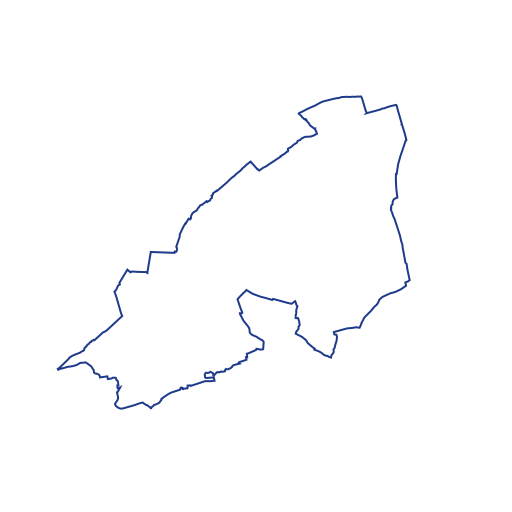 Dobarceni, Botosani, Romania, rotated 288°
{"feature_id": "2599482B34827774742587", "entity_name": "Dobarceni", "entity_type": "district", "adm_level": 2, "iso_a3": "ROU", "parent_name": "Romania", "parent_adm1": "Botosani", "projection": "mercator", "projection_center": [27.051, 47.84], "detail": "fine", "context": "isolated", "style": "outline", "palette": "blue", "viewbox_px": 512, "rotation_deg": 288, "n_neighbors": 0, "source": "geoboundaries", "source_scale": "gbopen_adm2", "svg_char_len": 6079}
<svg xmlns="http://www.w3.org/2000/svg" viewBox="0 0 512 512"><g transform="rotate(288 256 256)"><path d="M412.6,363.2L412.8,363.2L418.6,359.5L424.9,355.1L425.6,354.5L425.9,354.0L426.1,354.2L428.0,353.0L439.6,345.1L442.6,343.3L442.9,342.8L443.0,342.5L440.2,337.8L437.6,334.1L436.0,332.3L435.1,330.3L433.8,329.1L432.7,327.4L425.8,316.8L426.3,317.0L426.8,316.7L428.2,315.3L436.8,309.5L439.3,307.6L440.2,306.6L439.5,305.0L439.1,303.4L438.2,301.5L437.1,298.0L436.4,296.5L435.1,292.1L433.5,288.1L431.9,286.1L431.1,284.1L428.7,280.0L425.7,275.3L425.5,274.8L423.1,271.3L421.1,269.2L417.2,265.6L412.8,260.5L407.7,255.5L405.0,252.6L404.6,252.6L403.2,255.8L402.2,257.2L401.0,259.8L401.4,260.4L401.2,260.7L401.3,260.8L400.7,261.4L401.1,261.7L399.7,263.2L398.4,265.6L398.0,266.0L397.3,266.4L397.0,267.0L396.1,269.3L395.3,271.9L395.2,272.4L395.5,272.9L394.7,273.0L393.4,274.5L391.1,276.2L388.4,273.6L386.5,271.1L384.4,265.7L381.8,263.0L379.9,262.1L378.6,260.3L377.9,260.0L376.4,259.9L373.5,257.4L370.7,255.9L368.1,253.4L367.5,253.2L366.2,254.1L365.1,253.9L364.8,253.2L361.9,251.5L358.5,248.5L358.2,248.8L346.8,239.7L344.6,238.1L342.1,235.5L338.3,232.7L339.2,230.8L338.9,230.6L343.4,222.9L344.0,221.9L343.7,221.7L343.9,221.5L340.1,218.9L337.8,217.7L335.5,216.2L332.5,214.9L327.8,211.8L324.8,210.3L324.6,209.9L322.3,208.4L316.6,205.4L309.1,200.8L305.6,198.6L305.8,198.2L303.4,196.6L303.2,196.3L302.8,195.9L302.0,195.8L301.3,196.0L299.6,195.1L299.3,195.8L297.8,196.1L296.1,195.2L294.6,195.1L293.2,193.6L292.3,193.0L292.9,192.0L291.2,191.1L288.9,189.3L288.3,189.1L287.0,187.3L284.6,186.6L283.1,185.9L281.7,185.8L281.0,185.5L278.5,183.3L277.0,182.4L274.3,181.9L271.4,182.5L270.5,182.0L270.9,181.5L270.7,180.4L265.4,179.2L265.6,178.9L264.8,178.6L260.6,177.8L253.0,176.8L250.7,177.5L240.1,177.3L239.7,178.0L238.0,178.8L236.6,179.0L235.5,178.9L235.2,178.5L235.1,177.4L233.8,177.5L227.3,154.7L207.2,157.7L206.2,158.0L206.2,157.9L206.9,157.0L204.6,149.3L203.3,144.3L202.6,142.2L201.7,141.8L202.4,139.8L203.3,137.9L188.4,134.4L188.1,134.4L187.2,135.2L186.8,135.3L185.4,134.0L180.7,133.5L178.2,132.4L176.9,133.6L173.4,136.2L160.5,144.9L158.7,146.3L157.6,147.3L139.4,137.2L137.1,135.4L136.1,134.1L125.9,128.3L126.0,127.4L125.5,127.2L124.2,125.8L123.3,125.8L122.7,124.8L120.9,124.2L119.8,123.3L118.1,122.6L117.4,122.6L117.3,122.3L115.1,121.3L113.8,121.5L112.9,121.3L112.3,121.0L112.0,120.4L109.4,118.2L106.0,114.0L104.0,111.8L101.7,110.0L100.2,109.6L89.4,103.9L87.3,102.4L86.7,103.1L88.0,104.4L90.0,107.7L92.5,111.3L94.2,115.0L95.6,117.2L96.9,119.1L99.8,121.7L100.3,122.4L100.9,124.2L102.1,126.6L101.7,128.8L101.1,130.3L100.6,131.8L100.5,132.6L100.1,133.4L97.1,137.1L95.3,137.8L94.9,138.3L94.6,139.6L94.6,140.1L94.9,141.0L94.6,143.4L93.4,144.6L92.3,145.2L95.6,151.8L93.2,153.1L94.6,156.1L96.1,157.6L96.8,160.0L96.6,160.6L95.2,161.3L94.3,163.2L93.3,163.8L90.5,165.1L90.2,164.2L88.0,164.8L87.5,165.8L87.9,166.4L89.0,167.4L86.9,167.1L86.2,166.6L85.3,166.8L84.4,166.6L83.4,165.9L79.5,168.2L77.9,168.9L76.2,168.8L71.9,167.6L71.3,167.8L70.1,169.1L69.2,171.7L69.0,172.8L69.0,174.0L69.2,175.1L70.0,176.7L76.5,186.4L79.6,190.3L81.6,193.4L81.1,194.8L80.8,196.2L80.4,197.1L80.5,198.9L80.2,199.3L79.3,202.1L78.7,202.9L78.8,203.3L79.1,203.4L79.8,203.3L81.6,204.6L82.8,205.0L83.5,206.1L85.3,208.2L86.7,209.4L88.0,209.7L89.0,210.3L90.5,210.5L90.7,210.2L93.4,212.0L97.0,214.8L99.7,217.3L105.4,225.1L107.0,225.0L107.7,225.3L107.9,225.8L107.9,226.7L107.7,226.9L107.1,227.0L106.8,227.2L106.8,227.8L107.7,228.3L107.9,229.6L108.8,230.8L108.9,231.6L110.0,231.6L111.7,231.0L112.7,233.8L112.3,234.1L121.3,246.3L123.0,251.8L124.5,255.1L127.6,253.4L126.8,252.0L126.5,250.9L124.7,246.7L124.6,246.2L124.8,245.1L127.4,243.9L128.9,244.1L129.4,244.4L129.7,245.0L129.8,246.2L130.8,247.6L131.8,248.6L131.3,250.5L131.3,251.1L130.7,251.8L129.4,252.2L129.4,252.5L129.7,253.0L130.8,253.6L131.9,253.9L132.5,254.5L133.2,254.6L133.7,255.5L133.9,256.8L134.3,257.0L134.8,258.2L135.4,258.6L135.5,259.7L136.3,261.4L136.8,262.1L137.3,261.9L138.0,261.9L139.3,262.3L139.2,263.0L139.6,264.4L140.7,265.7L142.7,267.4L144.5,267.7L145.3,268.6L147.2,271.3L148.6,273.7L149.1,272.6L149.3,272.5L149.6,272.7L150.5,273.6L151.2,274.8L154.4,279.0L156.7,277.8L157.0,278.9L160.2,277.5L161.5,279.3L166.2,284.6L166.9,285.2L167.9,285.1L168.2,287.4L168.3,288.8L168.7,290.2L169.6,291.6L176.6,289.9L177.7,288.4L178.4,284.7L178.6,284.2L178.5,283.7L178.7,283.1L179.1,282.6L179.4,280.9L179.7,276.9L180.8,274.3L181.8,273.4L183.2,273.0L184.1,272.5L185.2,271.8L186.1,270.9L188.6,267.2L190.5,264.2L195.9,258.7L196.6,258.4L197.1,260.2L197.7,260.5L199.8,259.0L200.3,258.4L209.1,251.8L213.3,253.6L215.6,254.9L216.3,255.1L220.1,257.3L220.7,257.4L219.0,264.5L218.7,273.2L219.1,279.0L219.2,285.0L220.4,285.4L220.5,285.7L221.2,300.9L221.5,304.2L221.6,304.6L225.1,307.2L223.6,308.5L222.1,309.4L220.9,311.0L218.9,310.9L216.4,311.1L214.7,311.8L212.9,312.1L212.1,312.0L209.2,312.9L209.9,315.2L207.5,317.0L206.5,317.6L205.5,317.9L204.4,318.8L203.4,318.8L201.8,318.3L200.4,318.9L199.5,318.8L196.1,317.6L194.4,317.8L193.3,324.7L191.4,329.6L189.1,332.3L186.5,338.7L186.1,340.4L185.0,340.3L184.7,345.4L184.4,347.1L184.1,348.4L182.9,351.2L182.9,352.7L182.7,353.6L183.1,354.9L182.7,356.0L182.6,357.0L182.6,358.7L185.2,358.5L187.4,359.4L188.8,359.6L190.9,358.6L193.1,359.2L194.9,358.9L200.1,358.8L202.6,358.4L204.4,357.9L206.0,356.7L205.6,354.8L207.7,353.5L215.3,365.0L217.2,369.5L219.1,373.1L219.8,376.7L223.3,377.1L224.6,377.0L231.1,378.1L239.1,382.2L244.7,384.4L246.9,385.9L249.7,386.6L252.8,386.9L256.1,388.9L259.7,392.7L262.6,396.0L263.8,398.1L265.5,400.3L269.2,404.2L274.1,407.9L277.0,406.2L278.7,408.3L280.5,409.6L290.3,404.0L295.0,401.7L295.4,400.9L296.1,400.0L304.4,395.6L309.4,392.8L311.1,392.2L312.9,391.1L315.0,389.5L319.8,386.7L333.7,376.6L337.0,373.6L338.7,372.5L341.8,369.9L343.1,369.9L343.1,369.6L344.0,369.4L345.8,369.1L346.6,369.6L347.4,369.8L350.2,369.2L351.7,369.4L352.6,369.7L353.4,370.2L355.2,372.4L362.8,368.9L366.8,367.3L373.1,365.0L377.2,363.8L377.4,364.4L387.4,362.8L394.9,362.5L396.4,362.5L412.5,362.7L412.6,363.2Z" fill="none" stroke="#1e3a8a" stroke-width="2"/></g></svg>